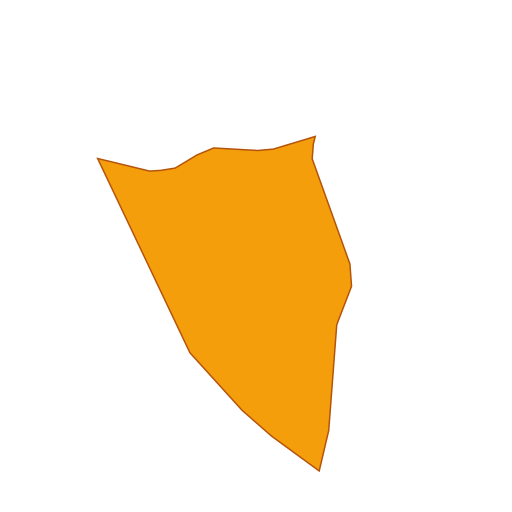 an SVG outline of Bissau, rotated 309°
{"feature_id": "GNB-769", "entity_name": "Bissau", "entity_type": "Autonomous Sector", "adm_level": 1, "iso_a3": "GNB", "parent_name": "Guinea-Bissau", "parent_adm1": "", "projection": "natural_earth1", "projection_center": [-15.605, 11.885], "detail": "fine", "context": "isolated", "style": "filled", "palette": "amber", "viewbox_px": 512, "rotation_deg": 309, "n_neighbors": 0, "source": "natural_earth", "source_scale": "10m", "svg_char_len": 410}
<svg xmlns="http://www.w3.org/2000/svg" viewBox="0 0 512 512"><g transform="rotate(309 256 256)"><path d="M386.2,226.8L379.1,230.1L366.9,238.5L308.9,334.0L292.6,349.3L253.4,362.0L166.2,422.3L128.7,440.4L125.8,381.7L127.3,342.5L139.2,265.6L232.1,71.6L255.0,119.8L262.6,128.1L273.4,137.8L297.5,146.6L313.3,155.1L339.2,191.1L350.0,202.2L386.2,226.8Z" fill="#f59e0b" stroke="#b45309" stroke-width="1.5"/></g></svg>